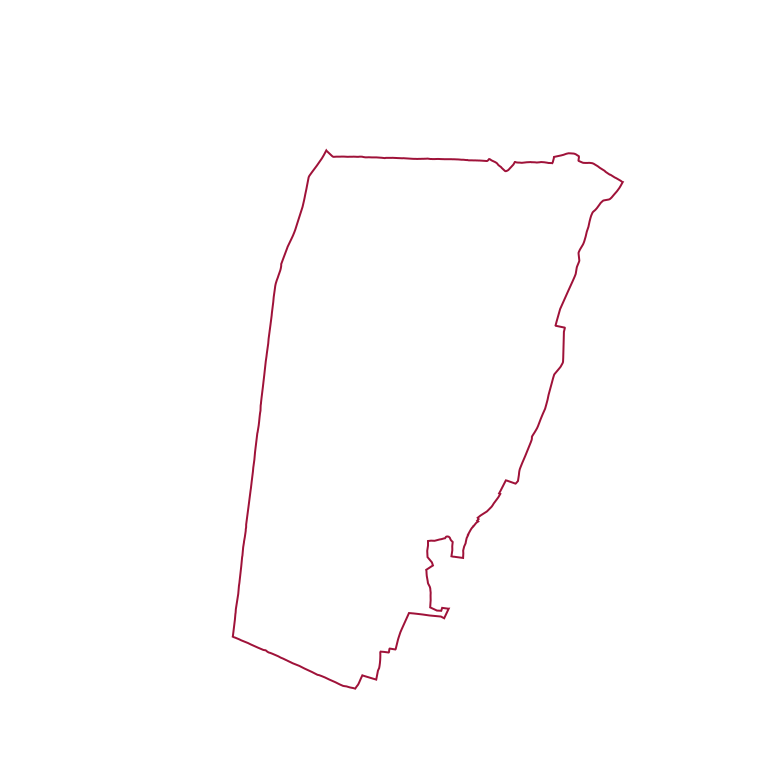 the district of Nong Khaem, Bangkok Metropolis, Thailand, rotated 209°
{"feature_id": "78962969B88059812817322", "entity_name": "Nong Khaem", "entity_type": "district", "adm_level": 2, "iso_a3": "THA", "parent_name": "Thailand", "parent_adm1": "Bangkok Metropolis", "projection": "natural_earth1", "projection_center": [100.348, 13.696], "detail": "fine", "context": "isolated", "style": "outline", "palette": "rose", "viewbox_px": 768, "rotation_deg": 209, "n_neighbors": 0, "source": "geoboundaries", "source_scale": "gbopen_adm2", "svg_char_len": 6098}
<svg xmlns="http://www.w3.org/2000/svg" viewBox="0 0 768 768"><g transform="rotate(209 384 384)"><path d="M547.7,560.3L547.6,554.9L547.7,551.2L548.6,542.4L549.6,535.1L550.2,530.1L550.2,529.3L550.1,528.2L550.0,527.9L547.4,519.9L546.4,516.9L544.9,512.0L543.7,508.3L542.9,505.7L541.7,501.5L541.1,499.4L538.0,483.8L536.8,477.9L536.4,475.9L536.0,473.2L535.6,469.9L535.4,467.2L534.8,457.2L534.6,456.1L532.9,444.7L532.1,439.5L532.1,439.2L531.1,437.3L530.4,435.3L529.9,433.5L529.7,432.5L528.8,427.2L528.5,425.7L528.1,422.9L527.4,419.5L526.9,417.8L526.5,416.6L526.0,415.4L522.7,406.8L520.6,402.0L516.5,391.8L515.4,389.3L511.9,380.5L507.9,370.3L506.8,367.5L504.9,363.3L501.4,354.2L500.1,351.0L498.4,346.5L493.2,334.1L488.5,322.7L484.3,312.3L482.5,308.0L482.2,307.4L481.5,305.5L479.1,300.8L478.2,298.2L476.5,294.1L474.9,290.4L473.5,287.0L471.1,280.3L471.0,279.7L463.8,262.0L460.7,255.0L458.6,249.6L457.8,247.5L456.2,243.9L452.5,234.7L449.9,228.4L449.0,226.0L443.7,212.7L436.8,195.2L436.5,194.4L435.1,191.8L434.5,190.0L433.7,188.4L431.5,182.6L430.0,178.2L429.7,177.6L428.0,172.9L424.6,165.2L424.2,163.9L420.5,155.4L418.0,149.4L414.0,139.8L413.0,137.1L409.7,129.7L404.4,115.2L402.8,111.8L402.6,111.1L400.2,105.7L394.0,90.4L393.8,89.7L392.1,89.8L391.3,90.0L386.8,90.5L384.6,90.6L377.3,91.5L374.6,91.6L366.4,92.3L360.7,92.9L359.7,93.2L358.8,93.6L358.2,93.7L356.1,93.3L354.6,93.3L353.4,93.6L351.4,93.9L347.5,94.3L344.3,94.6L341.8,94.6L339.1,94.9L328.4,95.5L321.4,96.4L315.6,96.6L307.3,97.2L301.2,97.4L299.6,97.9L296.9,98.3L293.5,98.7L288.4,99.0L281.9,99.6L276.9,99.8L274.8,100.0L273.6,100.1L273.0,100.3L272.6,100.4L270.0,101.4L269.4,101.5L266.7,102.1L263.3,103.2L261.5,103.6L261.3,105.9L260.9,108.5L261.0,110.7L261.4,114.7L261.7,118.7L260.4,118.9L247.5,121.7L248.4,124.5L249.8,128.8L250.3,130.3L250.5,132.6L250.5,133.1L251.2,135.2L252.3,138.0L253.5,140.7L254.6,142.9L255.7,145.0L257.1,147.4L257.2,147.7L257.2,148.3L254.1,149.7L249.8,151.4L249.7,151.6L249.7,152.1L250.1,153.0L250.7,154.6L250.8,155.2L250.7,155.4L245.4,157.3L245.3,157.6L245.3,157.9L247.8,167.1L248.2,168.9L249.3,174.7L249.6,177.6L251.1,195.8L246.8,197.7L243.2,199.2L238.3,201.2L232.0,203.6L221.5,208.2L217.8,208.3L218.5,218.9L219.2,218.5L224.6,216.4L224.0,213.4L227.9,211.5L235.3,211.0L238.0,216.7L238.2,217.2L240.8,221.7L242.0,224.1L243.5,226.2L244.1,227.1L244.5,227.7L245.1,228.3L245.6,228.8L246.0,229.1L248.6,230.8L249.3,231.5L250.0,232.5L253.5,236.8L254.9,238.9L256.2,241.0L257.0,241.9L255.3,245.1L254.4,246.9L253.2,249.0L255.6,251.2L262.0,253.7L265.3,259.0L267.2,264.1L269.4,268.0L266.9,269.8L265.1,270.7L263.9,271.3L263.4,271.7L260.5,274.5L260.2,274.8L258.6,276.1L258.3,276.4L257.4,277.3L256.6,278.1L256.3,278.3L255.8,278.7L255.7,280.2L255.6,280.5L255.4,280.8L254.6,281.4L253.4,281.8L252.0,281.5L250.2,280.1L249.0,279.6L247.5,279.2L247.3,279.1L246.1,276.2L245.5,274.9L244.3,272.9L243.6,271.6L241.5,266.0L239.8,266.5L238.5,267.1L237.4,267.5L230.5,270.2L232.5,274.3L234.0,276.7L235.1,280.7L235.4,284.2L236.0,285.9L237.0,289.3L237.1,291.5L237.2,292.8L237.5,292.8L237.5,299.0L237.3,301.0L237.1,301.6L237.0,302.8L236.8,302.8L236.3,305.7L236.0,307.3L235.6,308.2L235.0,309.4L236.2,309.6L235.8,311.3L236.0,311.4L235.9,311.8L237.2,312.4L235.8,315.8L234.4,318.4L232.2,322.4L230.4,328.8L230.2,330.5L230.1,332.9L229.9,334.2L229.1,340.2L229.0,344.2L230.3,344.1L230.3,346.8L230.7,358.8L229.6,359.1L220.7,360.6L220.5,360.9L220.4,361.3L219.8,364.1L221.9,369.8L223.1,372.6L223.6,374.1L223.8,374.8L224.0,375.7L224.3,377.8L224.8,381.8L225.6,389.7L227.4,404.4L227.8,406.8L228.1,407.7L228.4,408.4L229.0,409.4L229.0,409.8L229.1,410.3L228.8,415.1L228.7,419.4L228.9,421.9L230.0,429.6L230.6,434.8L231.1,440.5L232.1,444.7L233.3,449.5L234.8,454.3L237.5,465.3L238.9,470.9L239.7,474.7L239.7,475.1L239.4,476.7L238.2,482.9L237.9,484.7L237.9,485.5L237.9,488.7L238.0,489.6L238.3,490.5L240.0,493.9L248.0,509.3L251.7,516.4L251.9,516.7L253.0,520.7L253.1,520.8L253.4,520.9L254.6,520.5L262.0,518.2L262.3,518.3L263.4,522.6L266.3,535.0L268.0,554.7L268.9,566.0L269.3,570.3L269.6,572.6L269.7,573.2L271.9,579.4L272.0,579.9L272.1,580.4L272.7,585.5L272.9,586.4L273.1,586.8L277.0,592.3L277.4,593.0L277.5,593.4L277.6,594.0L277.8,596.5L277.6,602.6L277.7,603.6L277.8,604.5L278.0,605.8L279.1,610.7L280.5,615.6L281.4,620.6L283.0,625.8L283.9,629.3L284.4,631.6L284.7,634.7L284.7,635.3L284.5,636.2L283.6,638.6L283.1,640.8L283.0,641.4L282.5,645.4L282.3,647.4L281.7,649.3L281.3,650.4L281.1,650.8L280.9,651.0L278.6,652.9L277.0,654.2L276.5,654.7L276.3,655.0L276.0,655.5L275.6,656.7L275.4,657.2L274.6,661.3L273.7,665.5L273.4,667.8L273.2,669.4L273.1,671.6L273.1,673.9L273.1,676.3L273.4,676.2L275.6,676.5L280.6,676.6L282.3,676.5L287.4,676.8L287.8,676.6L288.7,676.6L293.1,677.0L294.4,677.4L300.0,677.7L302.7,678.1L305.8,678.2L307.3,678.3L308.9,678.1L311.4,677.1L313.9,675.6L315.8,674.6L316.6,674.2L317.5,673.9L321.7,673.5L321.9,673.5L322.3,673.8L323.5,677.0L323.9,677.5L324.4,677.8L325.4,677.7L326.3,677.8L327.0,677.9L328.7,677.8L329.8,677.5L332.6,676.2L334.4,675.3L336.1,673.8L338.1,671.5L340.0,669.7L345.4,665.0L344.8,663.4L343.9,659.7L343.9,658.7L344.3,658.6L347.2,657.1L349.0,656.5L351.4,655.6L354.2,654.3L355.5,653.3L357.7,651.8L359.4,651.1L361.6,650.0L362.0,649.7L362.7,649.4L363.0,649.4L366.7,647.1L369.5,645.1L370.8,644.2L372.9,643.3L374.8,642.3L376.1,641.9L376.9,641.8L377.2,641.6L377.2,638.7L379.0,631.4L379.8,630.1L380.4,629.4L381.1,629.0L381.5,629.0L385.6,630.0L386.9,630.5L388.8,630.7L390.3,631.0L392.1,631.8L394.0,632.0L398.4,631.7L399.3,631.8L400.3,631.9L401.1,631.7L401.5,629.9L401.9,629.1L402.1,628.9L407.9,626.2L412.4,623.9L418.2,620.8L419.1,620.4L419.8,620.3L420.5,619.8L423.6,618.5L425.0,617.7L427.5,616.6L432.3,614.2L441.5,609.2L445.9,607.0L449.4,604.9L452.7,603.2L455.1,602.3L456.8,601.2L464.0,597.0L468.0,594.9L476.7,590.8L477.2,590.4L486.1,586.0L492.1,582.6L492.7,582.0L495.8,580.7L500.3,578.6L504.1,576.5L506.9,575.1L510.2,573.2L512.4,572.4L513.0,572.3L513.9,571.9L515.7,570.9L516.8,570.1L520.4,568.3L526.3,564.9L529.0,563.6L535.8,559.8L536.4,559.4L538.1,558.3L538.8,558.1L539.1,558.1L539.9,558.2L547.3,560.1L547.7,560.3Z" fill="none" stroke="#9f1239" stroke-width="2"/></g></svg>